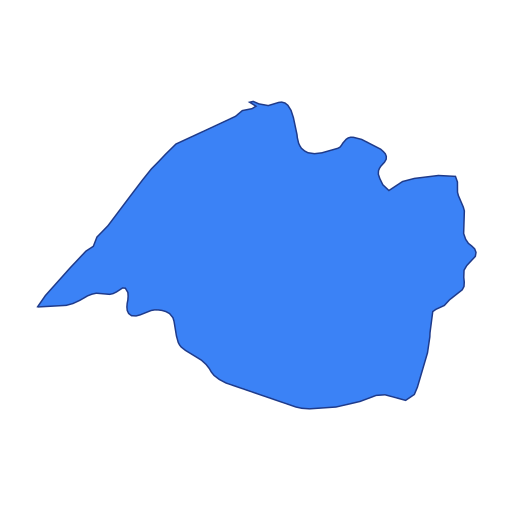 Mahaica-Berbice, Albers equal-area conic projection, rotated 268°
{"feature_id": "GUY-679", "entity_name": "Mahaica-Berbice", "entity_type": "Region", "adm_level": 1, "iso_a3": "GUY", "parent_name": "Guyana", "parent_adm1": "", "projection": "albers", "projection_center": [-57.805, 6.276], "detail": "fine", "context": "isolated", "style": "filled", "palette": "blue", "viewbox_px": 512, "rotation_deg": 268, "n_neighbors": 0, "source": "natural_earth", "source_scale": "10m", "svg_char_len": 1860}
<svg xmlns="http://www.w3.org/2000/svg" viewBox="0 0 512 512"><g transform="rotate(268 256 256)"><path d="M212.9,36.0L223.9,44.2L250.8,70.0L266.8,86.2L271.4,93.8L280.5,97.7L291.4,109.1L320.1,132.3L336.0,145.3L346.6,154.4L353.4,161.6L360.9,169.2L370.7,179.9L381.1,204.6L396.3,240.4L401.8,247.4L403.4,257.2L405.7,261.2L409.9,255.0L410.6,258.6L407.9,264.3L405.9,273.5L408.7,284.1L408.9,287.0L407.9,290.3L405.5,293.1L400.3,296.1L393.0,298.2L375.9,301.2L372.9,301.4L367.3,302.5L364.7,303.6L362.1,305.1L359.3,308.2L357.4,311.5L356.2,318.0L356.8,325.4L360.8,341.6L361.9,343.8L363.8,345.4L365.9,346.8L369.5,350.2L370.8,352.3L371.4,354.8L371.2,357.6L368.8,365.7L358.4,384.3L355.8,387.0L353.6,388.8L351.0,389.7L348.2,389.5L345.3,387.7L341.4,383.9L339.4,382.5L337.0,381.4L333.5,381.1L329.1,382.4L322.8,385.2L316.8,391.1L325.3,405.0L328.0,417.0L330.1,441.1L328.6,458.1L322.9,459.9L312.7,459.6L309.2,460.4L297.6,464.9L293.8,465.8L271.2,464.3L265.4,466.1L261.2,468.7L258.5,471.9L255.5,474.8L251.9,476.0L248.0,475.2L239.1,466.3L234.5,463.4L227.4,462.9L222.6,463.2L218.3,462.8L215.0,460.9L205.5,447.9L200.0,442.5L196.5,434.1L194.3,430.7L173.1,427.2L169.1,426.9L153.2,424.0L119.2,412.7L112.1,409.4L106.5,400.5L112.8,380.1L112.5,371.2L107.0,354.9L102.3,330.7L101.4,304.2L102.2,296.5L103.7,290.6L130.1,221.6L133.9,215.0L138.1,209.9L141.6,207.3L145.0,205.5L149.3,202.4L153.8,197.8L164.2,182.1L167.7,178.0L169.8,176.5L172.2,175.3L178.9,173.7L193.6,171.8L197.3,170.8L201.5,167.6L203.6,164.0L204.9,160.1L205.5,156.5L205.7,152.9L205.2,149.3L201.2,138.1L200.3,134.1L200.7,129.5L203.0,126.7L206.1,125.4L209.6,125.2L213.1,125.6L216.5,126.4L220.3,126.8L224.0,126.7L228.4,124.3L228.7,121.5L224.9,115.2L223.4,111.8L222.8,108.4L224.4,95.1L223.6,90.8L222.1,86.4L217.9,78.5L214.9,71.4L213.3,64.6L212.7,36.8L212.9,36.0L212.9,36.0Z" fill="#3b82f6" stroke="#1e3a8a" stroke-width="1.5"/></g></svg>